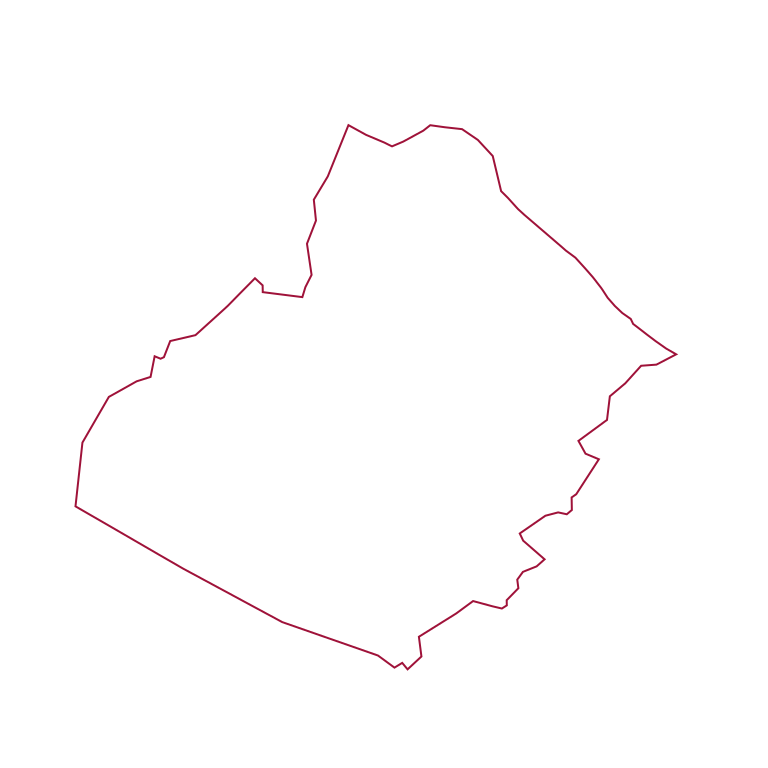 Michika, Adamawa, Nigeria, rotated 108°
{"feature_id": "59680162B49393703134220", "entity_name": "Michika", "entity_type": "district", "adm_level": 2, "iso_a3": "NGA", "parent_name": "Nigeria", "parent_adm1": "Adamawa", "projection": "orthographic", "projection_center": [13.375, 10.58], "detail": "fine", "context": "isolated", "style": "outline", "palette": "rose", "viewbox_px": 768, "rotation_deg": 108, "n_neighbors": 0, "source": "geoboundaries", "source_scale": "gbopen_adm2", "svg_char_len": 1390}
<svg xmlns="http://www.w3.org/2000/svg" viewBox="0 0 768 768"><g transform="rotate(108 384 384)"><path d="M265.5,115.3L263.1,126.6L259.3,138.9L255.6,149.6L251.7,160.4L249.9,165.6L245.9,169.4L242.9,179.2L238.5,188.5L232.9,197.9L227.0,205.2L225.4,207.3L221.2,213.5L220.6,214.3L217.8,218.5L212.2,227.9L204.7,241.0L200.9,252.3L199.5,255.5L198.9,256.9L186.8,285.9L179.8,302.7L176.3,310.4L174.8,313.1L168.8,323.5L164.4,332.2L133.6,351.0L122.9,370.1L117.5,388.5L118.3,392.4L121.0,405.4L123.6,420.0L130.9,424.9L147.5,440.6L155.5,449.8L155.0,453.6L154.3,458.1L152.6,478.0L148.8,497.8L203.9,501.6L230.4,507.7L249.6,499.2L274.4,500.6L302.6,486.6L316.2,488.7L326.6,488.5L334.1,527.7L327.7,529.9L323.3,539.4L342.6,549.1L357.9,556.7L364.8,560.6L395.8,578.4L409.2,600.6L426.5,601.6L429.0,604.3L428.5,610.7L449.4,608.2L457.9,620.1L481.3,641.7L532.9,652.7L595.7,639.6L605.9,591.7L615.8,545.6L621.7,517.8L641.9,407.2L644.1,305.8L644.7,304.0L650.5,286.4L643.6,280.5L648.1,273.4L631.6,264.2L613.6,272.7L579.9,244.4L562.9,232.2L561.9,212.1L561.1,202.5L556.6,198.8L551.7,200.5L536.7,193.1L528.9,196.8L519.7,193.8L510.3,182.5L501.1,177.1L490.0,203.2L484.2,208.7L459.4,189.8L452.3,178.7L451.4,169.9L445.8,166.4L433.9,170.5L429.4,167.1L389.2,156.4L388.0,170.8L378.0,181.5L351.3,162.3L349.3,160.8L325.9,165.4L308.7,154.7L287.2,145.1L281.4,130.9L265.5,115.3Z" fill="none" stroke="#9f1239" stroke-width="2"/></g></svg>